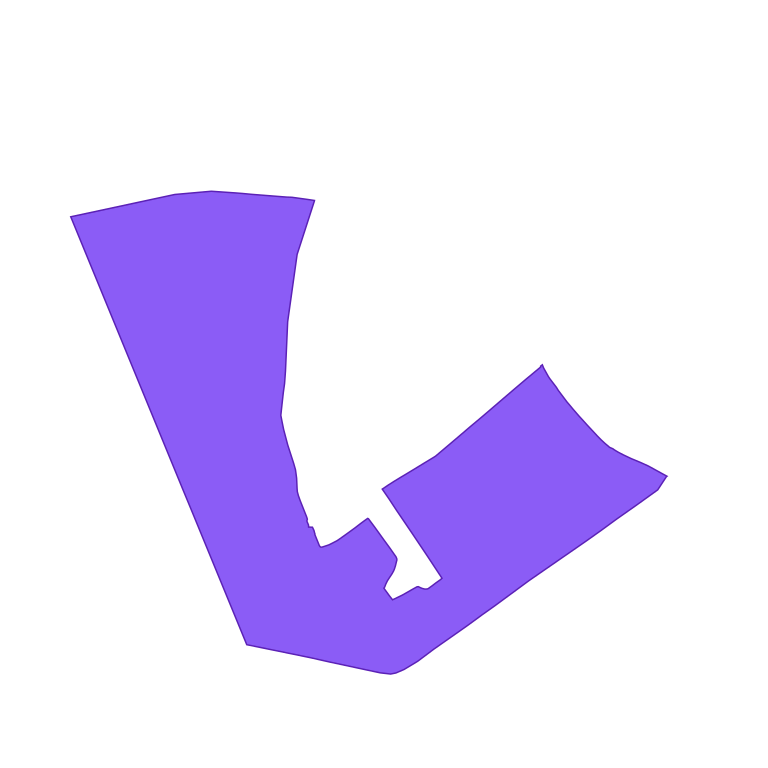 Ismailiyya 2, Al Isma`iliyah, Egypt, rotated 248°
{"feature_id": "37247803B84345161552096", "entity_name": "Ismailiyya 2", "entity_type": "district", "adm_level": 2, "iso_a3": "EGY", "parent_name": "Egypt", "parent_adm1": "Al Isma`iliyah", "projection": "mercator", "projection_center": [32.27, 30.614], "detail": "fine", "context": "isolated", "style": "filled", "palette": "violet", "viewbox_px": 768, "rotation_deg": 248, "n_neighbors": 0, "source": "geoboundaries", "source_scale": "gbopen_adm2", "svg_char_len": 2415}
<svg xmlns="http://www.w3.org/2000/svg" viewBox="0 0 768 768"><g transform="rotate(248 384 384)"><path d="M341.9,535.9L341.7,535.8L341.1,535.6L340.8,534.8L339.3,530.1L335.1,517.0L330.6,503.4L326.0,489.7L321.3,475.8L318.7,468.1L316.6,461.8L312.1,447.9L307.4,433.9L302.8,420.0L298.2,406.0L298.0,405.4L297.8,404.8L297.4,402.6L295.7,392.1L293.4,378.2L291.9,368.9L291.2,364.3L290.0,357.1L288.8,350.5L287.2,343.0L275.6,345.6L262.1,348.3L248.2,351.3L234.7,354.2L207.5,359.9L182.2,365.0L181.9,364.1L181.5,363.3L180.1,357.4L178.9,353.1L178.1,349.8L177.7,348.2L177.8,347.2L178.5,345.1L180.2,342.8L182.0,341.0L183.2,340.0L183.4,339.3L183.6,338.7L183.1,334.4L181.4,321.8L180.8,312.8L180.8,312.0L180.7,311.1L185.5,309.7L194.7,307.4L195.1,308.0L195.5,308.6L197.7,310.6L200.3,313.5L202.4,316.5L205.0,320.3L207.0,322.8L208.5,324.3L211.0,326.4L214.5,328.9L215.8,329.9L216.5,330.2L217.3,330.4L219.2,330.4L230.4,327.8L239.9,325.4L255.0,321.7L264.9,319.1L265.2,318.8L265.5,318.5L264.5,314.3L263.3,309.7L261.5,303.3L258.7,292.1L256.8,284.1L256.3,281.7L255.8,276.5L255.5,272.7L255.7,269.3L256.0,265.3L256.2,264.8L256.3,264.4L257.3,263.7L258.0,263.6L258.6,263.5L270.4,263.5L270.8,263.8L272.3,263.9L274.4,264.2L278.0,264.0L279.6,260.5L281.6,261.2L285.2,261.1L286.3,261.4L286.6,261.7L287.2,262.2L288.3,262.4L290.3,262.5L292.5,262.5L307.5,262.6L312.4,262.8L316.6,263.3L319.5,264.2L329.4,267.7L337.6,269.8L344.1,270.5L363.5,271.9L379.4,273.9L388.0,275.5L393.6,276.6L400.9,280.5L413.7,287.4L421.7,292.0L432.9,297.5L477.8,318.0L536.7,352.0L578.9,387.3L579.5,387.8L579.9,388.1L580.2,388.3L583.8,382.2L591.6,368.6L593.7,363.9L609.5,332.2L613.7,324.1L616.4,318.7L627.4,296.1L638.1,261.0L656.4,156.2L360.8,158.0L338.2,158.2L193.7,159.1L157.7,213.4L146.2,230.0L117.6,272.3L112.6,281.5L111.6,286.8L111.8,295.7L114.3,311.4L119.4,330.5L128.8,371.0L133.3,388.7L137.0,404.3L147.4,444.9L162.6,512.4L166.9,530.5L171.6,549.1L177.3,573.5L183.3,598.1L192.2,611.0L192.4,611.4L192.5,611.8L198.1,607.2L208.9,598.4L215.0,592.6L222.2,585.3L228.6,579.4L232.8,575.8L235.3,573.9L237.1,572.6L237.5,572.4L237.9,572.2L239.0,571.2L240.9,569.3L241.5,569.1L242.1,568.8L246.0,566.7L250.9,564.4L256.7,562.0L257.2,561.9L257.6,561.7L270.1,556.9L275.6,554.9L281.5,552.7L290.0,549.8L293.8,548.6L298.9,546.9L312.8,543.2L316.3,542.6L318.9,541.9L323.6,540.6L326.9,539.7L329.4,539.2L339.0,538.0L342.5,538.0L341.9,535.9Z" fill="#8b5cf6" stroke="#5b21b6" stroke-width="1.5"/></g></svg>